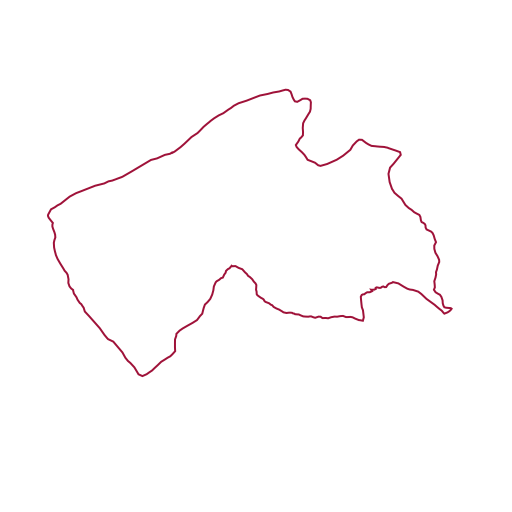 outline of Mafinga Township Authority, Iringa, United Republic of Tanzania, rotated 60°
{"feature_id": "72390352B55502751216619", "entity_name": "Mafinga Township Authority", "entity_type": "district", "adm_level": 2, "iso_a3": "TZA", "parent_name": "United Republic of Tanzania", "parent_adm1": "Iringa", "projection": "robinson", "projection_center": [35.272, -8.362], "detail": "fine", "context": "isolated", "style": "outline", "palette": "rose", "viewbox_px": 512, "rotation_deg": 60, "n_neighbors": 0, "source": "geoboundaries", "source_scale": "gbopen_adm2", "svg_char_len": 5220}
<svg xmlns="http://www.w3.org/2000/svg" viewBox="0 0 512 512"><g transform="rotate(60 256 256)"><path d="M260.9,103.7L258.8,103.3L251.1,100.2L246.5,95.7L244.9,90.7L242.5,84.5L240.8,80.1L240.2,79.9L238.1,79.3L234.4,82.4L232.5,84.1L229.4,86.8L229.1,87.1L227.9,88.0L226.5,89.6L225.8,90.3L224.5,92.2L223.2,94.2L221.5,96.6L220.6,97.8L218.4,100.9L215.6,102.8L213.0,104.2L210.6,105.2L208.4,106.1L206.8,108.6L207.1,111.5L208.7,116.9L210.9,120.7L211.2,121.2L212.4,128.5L212.7,130.4L213.0,138.0L212.5,142.7L211.9,148.4L210.2,155.1L208.9,156.4L208.8,156.5L208.5,156.8L204.8,158.2L204.4,158.5L201.6,160.7L198.5,163.2L195.3,163.3L192.6,163.5L189.2,164.3L186.4,165.2L186.1,165.3L184.8,165.7L182.0,166.3L180.3,166.1L180.2,166.1L179.8,166.0L178.1,162.2L176.2,159.3L176.0,157.9L175.0,155.1L172.2,153.3L168.5,151.5L164.6,148.8L162.9,146.3L161.8,144.1L160.8,142.3L159.2,139.4L158.0,137.1L155.9,135.1L152.8,133.2L150.3,131.6L148.2,131.2L145.6,132.8L144.2,134.9L143.1,137.1L143.2,139.7L143.1,143.2L141.5,145.0L139.6,145.1L139.4,145.1L139.2,145.1L136.4,144.9L133.7,144.3L130.9,143.9L128.3,145.2L126.8,147.2L126.0,150.1L125.1,153.7L123.0,159.3L121.5,164.9L119.0,172.3L118.1,177.9L116.8,186.4L115.0,194.7L114.8,200.1L115.3,203.7L115.4,206.7L116.0,212.9L115.6,217.9L115.8,223.4L116.3,227.7L116.7,229.7L117.1,232.3L117.9,236.7L119.6,242.5L120.3,245.2L120.7,252.4L121.8,256.9L123.0,261.9L124.0,266.9L124.9,274.4L124.8,277.0L124.4,277.0L124.5,279.3L122.9,284.2L122.8,284.9L122.0,292.9L120.3,298.9L120.6,322.1L120.6,328.0L120.6,332.1L118.8,342.8L117.6,346.4L117.3,351.1L114.7,360.2L112.5,374.9L111.7,379.8L111.6,380.9L111.4,387.6L112.1,392.4L113.1,399.1L112.9,402.6L113.2,405.8L113.1,410.2L115.3,413.8L116.1,415.1L116.4,415.5L117.2,416.1L119.2,416.4L122.8,415.9L125.8,415.4L127.1,416.7L128.7,417.6L130.8,418.1L134.7,418.7L137.1,419.3L139.6,420.5L141.5,422.7L143.5,424.5L147.7,426.6L151.4,427.8L154.1,428.5L155.0,428.8L159.2,429.3L164.6,429.3L170.5,429.1L173.1,429.1L175.8,428.5L178.1,428.5L182.4,430.0L185.5,432.0L186.5,432.2L189.1,432.7L191.8,432.3L193.6,431.5L193.9,431.4L194.0,431.5L197.5,432.5L199.4,432.3L202.1,432.1L204.5,432.4L208.6,432.1L210.3,431.4L212.8,431.3L214.5,431.1L218.5,432.0L224.6,430.6L231.0,429.3L240.4,427.4L248.6,426.7L252.7,426.0L254.0,425.7L258.8,422.4L263.3,421.6L272.7,419.9L278.8,420.0L282.1,419.5L282.8,419.4L285.8,418.3L291.6,417.0L298.2,416.9L299.7,416.9L303.2,414.4L303.3,413.5L303.7,409.8L303.4,406.6L303.2,403.3L302.3,399.7L301.4,395.7L300.2,391.0L300.1,387.2L299.9,383.2L300.0,380.4L299.3,377.6L298.0,373.6L294.5,371.8L290.7,369.6L287.7,367.8L285.4,365.1L283.6,363.8L282.4,359.4L282.1,355.7L282.1,350.4L282.2,344.3L282.1,341.9L282.0,339.2L281.6,338.2L280.4,335.4L280.1,334.8L279.1,331.4L276.7,329.1L274.9,327.3L274.7,327.1L272.5,324.5L272.0,322.2L271.6,320.7L270.3,317.1L267.5,313.2L267.4,313.1L264.4,310.1L261.3,307.7L259.6,305.4L258.6,304.0L258.2,302.7L258.2,301.7L258.2,299.7L257.7,297.4L258.1,295.5L256.2,292.8L255.3,290.7L253.9,289.4L253.3,286.9L253.4,285.1L252.7,283.2L252.1,281.4L252.1,281.2L252.1,281.3L253.1,281.5L254.5,278.8L257.6,277.0L260.6,274.5L264.6,273.7L267.1,272.9L269.2,272.8L271.2,271.8L274.2,270.9L277.0,270.7L279.5,270.1L281.3,270.2L283.3,271.5L285.2,272.8L287.1,273.3L288.3,273.9L289.5,274.5L290.7,274.4L292.8,273.5L294.7,272.6L296.3,271.6L297.5,271.1L299.0,271.2L300.4,270.8L303.5,268.3L305.6,267.5L306.7,266.6L308.9,266.2L311.6,264.6L314.2,262.6L314.3,262.6L317.0,261.1L318.5,260.4L320.6,258.1L321.6,255.7L322.5,254.2L323.2,253.2L324.3,252.6L325.0,251.7L325.9,251.3L326.9,249.9L328.0,248.2L330.0,246.8L331.9,245.3L333.3,243.3L334.7,241.1L335.1,239.9L335.8,238.5L337.8,236.9L338.9,235.8L339.1,235.6L339.8,232.1L340.9,230.4L343.0,229.5L344.6,226.5L346.0,224.7L346.6,221.5L347.7,218.4L349.2,215.9L350.2,213.1L351.4,210.6L353.9,208.6L354.9,206.8L356.0,204.6L357.4,203.0L359.7,201.5L363.0,198.9L363.3,198.4L365.5,195.8L365.4,195.7L363.0,193.3L356.5,190.5L353.4,190.0L350.6,188.8L346.4,186.9L343.7,185.6L342.6,183.9L342.7,182.6L343.3,181.3L343.0,179.8L343.0,177.9L344.3,175.5L344.5,173.0L342.8,173.1L343.2,172.6L343.7,171.5L344.3,170.4L344.4,168.7L343.5,168.4L343.4,167.4L344.1,166.4L345.2,165.3L345.9,163.9L345.7,162.3L346.0,161.0L347.3,160.2L348.0,158.8L346.9,156.6L346.5,154.8L347.0,152.4L347.3,150.5L347.3,150.4L347.2,150.3L350.9,146.4L356.3,143.5L360.0,141.3L361.9,139.6L363.8,137.1L368.0,133.3L371.6,131.8L378.4,129.8L382.2,128.1L385.8,126.5L387.6,125.7L390.0,124.9L393.3,123.7L396.2,122.5L399.0,122.0L400.1,121.7L400.6,118.3L400.5,116.2L400.2,114.7L399.5,113.0L398.5,113.4L397.0,115.6L395.7,117.4L394.6,118.5L392.7,118.5L390.3,117.9L387.7,116.6L384.1,115.9L381.5,116.1L379.8,117.2L377.2,118.6L374.2,118.8L372.6,116.8L370.2,115.6L367.0,114.2L364.4,111.3L362.0,109.2L360.0,108.2L358.1,106.0L355.2,103.4L352.8,100.3L350.8,99.3L346.9,98.9L343.0,99.0L342.9,99.0L339.0,98.0L336.1,96.4L334.0,93.2L330.6,92.7L327.0,91.8L324.4,91.6L322.5,92.1L320.6,93.4L318.3,95.0L316.2,94.9L314.2,93.9L312.8,93.8L311.0,94.5L309.5,95.6L307.7,95.4L305.4,94.5L304.4,94.1L302.1,94.0L299.8,95.5L299.0,96.0L297.5,96.9L297.2,97.1L293.8,98.2L290.9,99.7L286.5,101.1L283.2,101.2L279.1,101.3L274.8,103.0L270.4,104.5L269.8,104.5L266.4,104.6L266.1,104.7L260.9,103.7Z" fill="none" stroke="#9f1239" stroke-width="2"/></g></svg>